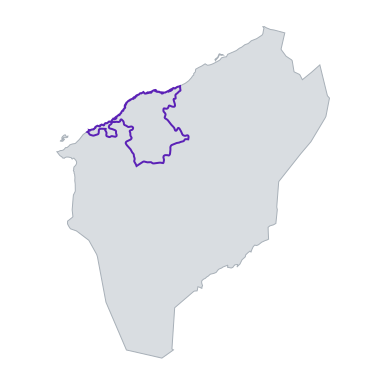 location of Makkah within Saudi Arabia, rotated 91°
{"feature_id": "SAU-888", "entity_name": "Makkah", "entity_type": "Region", "adm_level": 1, "iso_a3": "SAU", "parent_name": "Saudi Arabia", "parent_adm1": "", "projection": "albers", "projection_center": [40.65, 21.044], "detail": "fine", "context": "in_parent", "style": "outline", "palette": "violet", "viewbox_px": 384, "rotation_deg": 91, "n_neighbors": 0, "source": "natural_earth", "source_scale": "10m", "svg_char_len": 9458}
<svg xmlns="http://www.w3.org/2000/svg" viewBox="0 0 384 384"><g transform="rotate(91 192 192)"><path d="M303.7,276.1L258.5,285.4L256.1,286.2L242.1,294.3L232.9,306.9L230.9,312.9L229.7,313.8L227.8,315.0L226.0,315.9L223.3,315.9L219.8,311.6L218.9,310.7L218.2,310.7L212.0,311.5L199.2,310.7L197.0,310.5L194.2,309.1L193.4,308.8L192.7,308.7L186.1,308.9L182.7,309.4L179.6,309.3L176.3,309.7L175.1,310.3L173.9,310.2L173.1,310.8L172.4,311.0L171.5,310.6L170.5,310.7L169.0,310.4L168.0,309.4L167.0,308.6L166.0,308.1L165.0,307.9L164.0,307.9L162.9,308.4L162.1,308.9L160.3,310.6L160.3,311.2L161.1,312.2L160.9,312.7L159.8,313.3L159.5,314.9L159.3,315.8L159.2,317.9L159.7,319.5L160.4,320.1L160.4,320.8L160.1,322.2L159.1,322.7L158.4,324.0L157.9,324.7L157.1,325.4L154.1,327.8L153.9,326.4L152.9,324.4L152.8,323.0L152.3,321.5L151.4,320.4L149.9,319.3L149.7,317.7L148.5,316.2L147.0,314.9L146.1,312.6L145.5,309.5L141.4,305.5L136.4,301.8L134.9,299.7L132.4,295.4L131.1,292.0L127.8,288.1L127.6,286.6L127.1,284.8L126.3,282.7L125.9,281.1L122.5,274.1L121.5,272.9L120.6,271.4L120.3,270.1L120.0,269.5L117.7,268.3L115.5,265.3L109.0,260.6L105.8,260.1L103.3,258.4L101.4,256.2L99.5,252.4L96.0,248.3L93.1,242.4L94.1,240.3L94.0,238.8L93.1,236.3L92.2,234.3L91.5,232.5L92.1,229.9L92.3,226.9L92.9,225.3L93.4,223.6L92.8,220.2L91.9,218.3L92.0,217.1L90.9,216.5L90.0,215.1L91.0,215.1L89.3,213.3L88.7,212.2L88.1,209.7L87.3,207.8L84.8,203.3L83.5,200.7L80.8,197.2L77.8,194.6L75.9,193.4L75.0,192.3L73.5,192.3L71.8,190.7L70.6,190.7L69.1,190.4L67.4,187.5L66.0,184.7L63.6,181.1L64.2,180.2L65.0,178.7L64.7,176.8L64.3,175.4L63.3,173.0L59.8,166.8L58.9,165.9L57.4,164.9L56.5,162.2L56.2,159.9L53.7,158.7L49.8,150.1L47.4,147.1L46.5,145.1L43.8,141.7L42.6,138.4L39.8,135.4L37.6,130.1L34.0,124.8L32.5,123.9L28.6,123.3L27.0,122.9L25.5,124.0L25.4,122.5L26.5,120.6L28.1,116.5L28.6,112.8L31.3,102.0L47.4,105.4L48.2,105.2L54.6,100.3L58.2,94.7L59.0,94.1L69.9,92.1L70.2,91.8L72.5,86.7L72.8,86.4L73.1,86.1L77.8,83.6L70.4,74.8L62.7,66.4L93.0,58.4L93.5,58.2L95.7,56.2L108.9,58.5L114.0,59.4L115.7,60.2L139.7,74.0L151.7,83.8L180.0,105.4L180.4,105.5L205.5,107.0L208.2,106.4L215.1,107.0L222.0,107.6L223.5,110.2L224.0,112.0L224.6,113.7L226.0,115.3L231.8,115.0L237.8,114.6L238.7,116.2L239.2,117.8L241.0,121.5L243.4,124.4L244.0,125.4L244.4,127.0L244.1,127.7L244.0,128.4L245.7,129.9L248.6,131.2L249.7,131.5L251.0,132.0L250.1,133.0L251.8,135.1L253.9,137.2L255.9,137.6L258.9,140.8L263.2,142.8L265.9,145.5L265.7,145.6L264.9,145.3L264.0,145.0L263.7,145.3L263.8,146.5L264.1,147.9L265.5,149.1L266.7,149.9L267.3,151.5L266.6,155.2L266.3,155.2L265.6,154.9L265.0,154.9L264.6,155.1L265.6,157.6L266.4,159.6L267.5,161.1L268.4,163.3L269.1,164.3L272.0,166.5L272.9,168.5L273.9,172.3L275.8,174.3L276.8,175.9L278.1,177.2L279.0,179.0L280.3,180.4L280.9,180.7L281.8,180.8L282.9,180.7L284.2,180.3L285.6,179.8L286.8,180.5L287.9,180.3L288.1,181.0L287.4,182.0L286.6,184.4L288.0,184.7L289.3,184.8L290.2,185.1L290.7,185.1L290.8,185.5L291.0,187.8L291.4,188.6L308.0,207.3L349.1,209.3L349.3,209.3L350.2,207.8L358.6,219.2L351.1,254.8L303.7,276.1ZM140.5,322.0L141.8,322.1L141.2,321.6L141.1,321.3L141.7,320.5L143.5,322.1L143.5,324.1L143.3,324.5L142.8,324.1L142.5,323.7L142.4,323.2L141.9,322.8L140.1,323.1L139.0,322.6L137.4,320.9L137.0,319.8L137.6,319.5L138.3,319.0L138.7,318.0L138.3,317.1L139.3,317.2L139.8,318.2L139.9,320.5L140.1,320.9L139.8,321.4L140.5,322.0ZM59.4,171.3L59.0,171.3L57.9,170.1L57.3,169.2L56.7,168.6L53.7,167.4L53.3,166.6L53.8,165.9L54.1,166.6L54.6,167.1L57.1,168.2L59.8,170.6L60.3,170.8L59.4,171.3ZM54.8,165.5L54.6,165.7L54.0,165.1L54.0,163.8L54.6,163.0L54.6,164.0L54.8,165.1L54.8,165.5Z" fill="#d9dde1" stroke="#a8b0b8" stroke-width="1"/><path d="M133.8,297.7L133.5,297.3L133.4,297.0L133.2,296.8L133.2,296.6L132.6,296.4L132.8,296.2L132.5,295.9L132.1,296.0L132.3,295.6L132.2,295.4L132.3,295.1L132.2,295.0L131.8,295.0L131.8,294.5L131.4,293.7L131.2,292.7L131.2,291.8L131.1,291.6L130.8,291.5L130.8,291.1L130.1,290.6L129.8,290.0L129.4,289.7L129.0,289.9L128.5,289.6L127.9,288.5L127.4,287.8L127.5,287.2L128.1,285.4L127.9,285.2L127.5,284.9L126.8,284.8L126.6,284.1L126.2,283.7L126.2,283.3L126.5,282.5L126.7,281.8L126.9,281.4L126.7,281.1L126.4,280.9L125.4,280.6L125.1,280.4L124.6,279.4L124.8,278.8L124.6,278.0L124.3,277.8L124.1,277.3L123.9,277.1L123.2,276.6L123.3,276.2L123.1,275.9L122.9,275.3L123.0,275.1L123.3,274.7L123.2,274.5L123.2,274.3L123.1,273.8L121.3,273.1L120.4,272.2L120.0,272.0L120.0,271.9L120.6,272.1L120.7,271.4L120.7,270.6L120.5,270.2L119.8,269.1L119.5,268.9L118.3,268.8L118.2,269.0L118.3,269.4L118.1,269.2L117.9,268.8L117.7,268.3L117.5,268.2L116.8,267.2L116.2,266.8L116.5,266.2L116.4,265.9L116.2,265.7L114.9,265.1L114.8,264.8L114.5,264.7L114.1,264.1L113.1,263.9L112.8,263.7L112.0,263.1L111.4,262.4L111.6,262.1L111.3,262.0L110.4,261.8L109.7,261.0L109.0,260.4L108.8,260.3L108.4,260.3L107.7,260.4L107.5,260.6L106.1,259.9L106.2,260.2L106.8,260.7L106.7,260.7L106.4,260.6L104.6,259.5L103.8,259.1L103.5,258.6L102.0,257.2L101.0,255.6L100.7,255.3L100.7,255.2L101.0,255.2L100.7,254.8L100.3,254.4L100.0,253.5L99.5,252.9L99.5,252.6L99.7,252.2L98.9,252.0L99.0,252.2L99.3,252.4L98.9,252.3L98.6,252.0L98.4,251.8L98.5,251.5L98.3,251.3L98.4,251.0L98.6,251.3L98.9,251.4L98.8,250.8L98.5,250.8L98.3,250.5L98.2,250.5L98.2,250.8L97.4,250.2L97.0,249.8L97.1,249.4L97.4,249.6L97.3,249.3L97.3,249.2L96.9,249.0L96.4,249.1L95.8,248.1L95.8,247.4L95.7,247.2L95.4,246.7L94.4,245.9L94.1,244.9L94.3,244.5L93.6,243.3L93.4,243.1L92.9,242.3L94.2,241.2L94.4,240.8L94.4,240.2L94.3,239.7L94.1,239.5L94.1,239.4L94.2,239.2L94.0,238.4L93.8,238.8L93.6,238.8L93.3,238.3L93.4,238.2L93.2,237.8L93.1,236.3L92.9,235.8L93.0,235.5L93.4,235.3L93.5,234.8L93.3,234.6L93.1,235.1L92.8,235.2L92.7,234.8L92.4,234.5L92.2,233.9L91.4,232.8L90.9,231.8L90.6,230.3L90.7,230.0L91.1,229.8L91.5,230.4L91.8,230.4L92.0,229.5L92.3,229.2L92.5,228.2L92.5,227.8L92.4,227.8L92.2,228.4L92.1,228.1L92.3,227.5L92.3,226.8L92.4,226.3L93.0,225.7L93.1,225.0L93.5,224.5L93.8,224.0L94.1,223.7L93.9,223.1L93.7,223.2L93.3,224.0L92.9,224.1L92.9,223.6L93.1,222.9L93.0,221.9L93.1,221.0L93.0,220.5L92.5,219.6L91.6,217.9L91.7,217.7L92.1,217.3L92.1,217.1L91.0,216.0L90.9,216.1L91.3,216.6L91.5,217.4L91.4,217.5L90.8,216.3L90.3,215.8L89.5,214.3L89.5,214.1L90.0,214.3L90.5,215.5L91.0,215.7L91.3,215.3L90.9,214.6L90.5,214.3L90.2,213.7L89.3,213.3L89.0,213.4L88.7,213.1L88.4,212.3L88.6,212.2L88.8,211.7L88.7,210.5L88.6,210.4L88.4,210.6L87.7,209.3L87.4,209.0L86.9,207.8L86.8,207.0L86.4,206.1L86.3,205.8L88.8,205.6L90.4,205.3L90.8,205.4L91.1,205.7L91.8,206.8L93.3,208.2L94.5,209.7L94.9,210.0L95.2,210.2L95.8,210.3L98.1,210.0L98.6,210.0L98.9,210.2L99.0,210.5L99.2,211.5L99.3,211.8L99.7,212.0L100.9,211.8L104.3,210.7L105.8,210.5L106.5,210.7L106.8,210.9L107.0,211.2L107.1,211.9L107.1,212.4L106.9,213.5L106.1,215.6L106.0,216.0L106.0,216.3L106.2,216.6L108.1,217.3L108.7,217.8L108.9,218.1L109.1,218.5L109.2,219.2L108.9,221.0L108.9,221.4L109.1,221.7L109.5,221.9L110.5,222.0L111.3,222.0L111.7,221.9L112.1,221.7L113.7,220.3L114.4,219.9L114.9,219.8L115.3,219.8L117.7,220.6L118.1,220.6L118.5,220.4L118.9,220.0L120.0,218.2L120.7,217.4L125.2,213.8L127.4,211.6L128.3,210.9L130.6,210.0L130.9,209.7L131.0,209.2L130.9,208.8L130.7,208.5L128.6,207.3L128.3,207.0L128.2,206.7L128.4,206.2L128.8,205.7L129.6,205.2L131.6,204.0L134.4,202.7L135.2,202.1L135.6,201.4L135.9,200.5L135.9,199.4L135.4,197.9L135.4,197.5L135.5,197.2L135.7,196.9L136.3,196.5L137.3,196.4L139.4,196.7L139.3,198.3L139.3,199.4L139.4,199.8L139.8,200.2L140.7,200.8L141.1,201.1L141.4,201.6L142.2,204.4L142.8,205.7L143.3,208.2L145.4,213.1L145.8,213.6L146.1,213.8L146.8,214.2L147.7,214.4L150.2,214.3L153.7,214.6L154.8,214.8L155.6,215.4L155.9,215.8L155.9,216.1L155.6,217.2L155.6,219.4L155.7,219.8L156.1,220.4L156.4,220.8L156.8,221.0L157.8,221.2L160.1,220.6L160.8,220.6L163.1,221.0L163.4,221.2L163.6,221.5L163.2,224.1L163.2,224.8L164.1,230.6L164.1,230.9L164.1,231.3L163.9,232.0L163.0,233.3L162.9,233.7L163.1,236.9L163.0,237.6L162.4,240.2L162.4,240.9L162.7,241.6L167.0,247.9L165.3,248.6L162.8,250.1L162.3,250.3L161.8,250.3L160.7,250.0L159.9,249.9L158.6,250.2L157.3,250.7L156.1,250.8L155.5,250.9L155.1,251.1L154.6,251.4L153.6,252.4L150.4,254.2L146.3,258.0L144.9,258.9L144.4,259.1L143.9,259.1L143.6,259.0L142.9,258.6L142.6,258.2L140.6,254.3L139.7,253.5L139.0,253.4L138.6,253.4L137.2,254.3L136.4,254.6L134.2,254.7L132.5,255.3L132.1,255.3L131.7,255.0L131.5,254.7L130.8,252.9L130.5,252.6L130.1,252.3L129.7,252.1L128.9,252.0L128.2,252.4L127.7,253.2L127.6,253.5L127.6,254.2L128.0,255.9L128.1,256.6L128.0,257.1L126.8,259.1L126.2,260.6L125.8,261.0L125.4,261.2L123.5,261.5L122.5,261.9L120.9,263.5L120.7,263.8L120.7,264.1L120.8,264.4L121.0,264.7L121.4,264.9L122.6,265.2L123.0,265.7L123.1,266.0L123.3,266.8L123.1,268.9L123.4,270.4L123.4,272.2L123.6,272.9L124.1,273.3L125.3,273.9L125.7,274.3L126.7,275.7L127.5,276.1L127.9,276.2L128.7,276.2L129.4,275.9L129.7,275.6L130.0,275.0L130.4,273.1L131.4,270.3L131.8,269.6L132.2,269.2L132.8,269.0L134.3,269.0L134.9,268.9L136.1,268.4L136.7,268.4L137.1,268.4L137.5,268.6L137.9,269.3L138.1,269.7L138.0,270.4L137.6,272.6L137.5,273.0L137.7,273.8L138.4,275.0L138.5,275.4L138.5,275.8L137.8,277.9L137.6,278.3L137.0,278.6L136.5,278.7L134.7,278.5L134.0,278.6L132.9,279.1L131.7,279.9L131.4,279.9L130.5,279.4L130.4,279.6L130.4,279.9L130.3,283.9L130.5,285.0L130.8,285.7L131.1,286.0L131.7,286.2L134.2,286.3L134.9,286.4L135.6,286.7L136.0,287.3L137.3,291.2L137.3,292.2L136.7,294.4L136.4,295.1L135.9,295.6L134.6,296.4L134.1,297.0L133.8,297.7Z" fill="none" stroke="#5b21b6" stroke-width="2"/></g></svg>